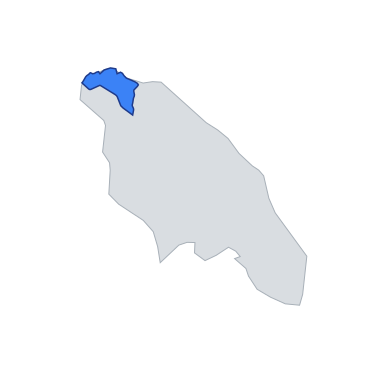 where Hanover sits in Jamaica, rotated 32°
{"feature_id": "JAM-1371", "entity_name": "Hanover", "entity_type": "Parish", "adm_level": 1, "iso_a3": "JAM", "parent_name": "Jamaica", "parent_adm1": "", "projection": "equal_earth", "projection_center": [-78.136, 18.373], "detail": "fine", "context": "in_parent", "style": "filled", "palette": "blue", "viewbox_px": 384, "rotation_deg": 32, "n_neighbors": 0, "source": "natural_earth", "source_scale": "10m", "svg_char_len": 1393}
<svg xmlns="http://www.w3.org/2000/svg" viewBox="0 0 384 384"><g transform="rotate(32 192 192)"><path d="M194.2,127.5L211.5,134.4L229.3,137.9L237.0,138.1L244.2,140.3L260.5,156.6L273.6,165.6L323.4,185.6L340.1,220.2L343.2,231.0L330.4,237.4L314.3,239.6L298.8,240.0L284.5,233.4L278.3,228.3L263.4,225.9L267.1,221.2L260.5,219.0L252.2,219.5L246.1,232.8L239.4,243.3L226.4,242.3L221.3,233.3L214.5,237.3L209.0,244.0L202.5,268.8L191.8,256.5L180.2,246.2L165.7,241.9L136.4,241.2L122.6,237.9L111.1,216.9L106.6,210.9L95.0,205.5L83.4,181.4L79.3,178.1L48.1,173.0L41.7,159.9L43.6,148.0L54.0,133.4L59.1,129.3L76.3,129.9L92.8,125.5L100.1,119.3L107.6,115.2L167.3,125.7L181.1,125.8L194.2,127.5Z" fill="#d9dde1" stroke="#a8b0b8" stroke-width="1"/><path d="M40.8,157.8L41.0,156.4L40.8,150.7L41.1,149.1L42.1,146.8L42.3,145.4L42.8,144.6L45.0,144.4L46.3,143.3L47.5,141.0L48.9,139.5L51.3,140.5L52.8,135.1L57.1,130.0L62.1,127.9L65.8,131.4L67.9,128.3L70.1,128.2L72.7,129.4L76.0,130.2L85.1,128.8L88.2,128.8L89.7,129.6L89.7,131.4L89.6,131.9L88.7,136.2L88.9,136.9L89.4,137.6L91.7,140.1L91.9,140.6L92.3,141.5L92.5,142.9L92.9,144.1L94.5,147.8L95.2,149.9L95.5,150.3L96.0,150.8L98.0,152.1L98.7,152.9L99.1,153.6L100.9,158.2L89.0,157.3L85.9,156.6L78.1,150.8L76.9,150.3L75.5,150.1L58.0,150.2L57.2,150.5L51.9,158.5L51.2,159.2L50.4,159.4L49.7,159.4L42.0,158.0L40.8,157.8Z" fill="#3b82f6" stroke="#1e3a8a" stroke-width="1.5"/></g></svg>